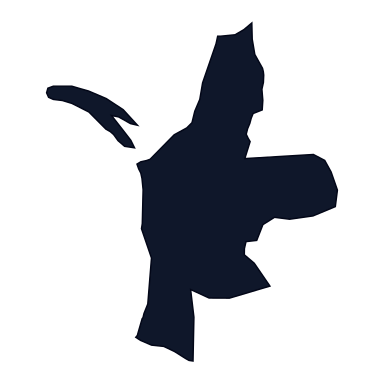 map outline of Mannārama (Robinson projection)
{"feature_id": "LKA-2457", "entity_name": "Mannārama", "entity_type": "District", "adm_level": 1, "iso_a3": "LKA", "parent_name": "Sri Lanka", "parent_adm1": "", "projection": "robinson", "projection_center": [80.02, 8.88], "detail": "fine", "context": "isolated", "style": "filled", "palette": "ink", "viewbox_px": 384, "rotation_deg": 0, "n_neighbors": 0, "source": "natural_earth", "source_scale": "10m", "svg_char_len": 1353}
<svg xmlns="http://www.w3.org/2000/svg" viewBox="0 0 384 384"><path d="M135.8,337.3L137.4,335.4L138.0,333.1L142.2,318.6L142.7,318.0L143.0,317.7L144.0,313.5L147.8,304.0L151.5,258.0L141.5,228.7L142.3,223.6L143.1,190.1L143.1,189.7L142.0,178.5L140.8,173.0L138.7,168.9L137.0,164.1L140.8,161.8L146.4,160.6L150.1,159.3L174.2,134.8L186.8,127.9L192.0,122.7L194.8,111.2L199.8,99.4L202.6,82.9L216.0,44.0L216.5,41.8L217.7,36.2L220.7,36.2L235.0,34.8L243.8,29.7L251.8,23.0L252.2,39.1L254.8,54.5L262.5,68.3L263.3,71.6L263.7,75.1L263.4,82.4L261.9,89.2L262.8,100.3L262.2,109.9L253.1,113.5L251.2,118.2L249.8,123.4L247.6,128.7L246.2,134.2L248.2,138.4L250.1,141.6L244.8,158.6L313.4,154.5L324.7,160.4L331.1,172.0L337.4,190.1L335.3,206.6L313.0,215.9L289.6,219.2L274.5,217.3L262.9,224.6L256.7,240.4L246.0,241.6L244.4,248.6L244.3,254.8L254.2,263.2L269.9,286.1L229.5,298.1L209.1,298.0L190.6,289.5L193.9,317.2L193.0,361.0L189.0,360.4L185.6,358.5L174.5,351.5L163.8,346.4L151.5,345.1L140.6,340.4L135.8,337.3ZM53.3,99.4L48.6,97.3L46.6,92.8L47.9,88.2L53.3,86.2L71.8,86.2L80.0,88.6L88.5,91.0L106.3,98.6L123.2,109.7L137.4,125.2L130.5,123.6L118.6,116.9L111.5,115.5L122.3,129.3L130.8,140.3L134.5,147.8L124.6,146.3L118.1,140.7L113.6,134.5L110.3,131.6L106.0,129.2L88.9,112.0L80.4,107.7L71.9,103.4L65.7,101.5L62.4,100.5L53.3,99.4Z" fill="#0f172a" stroke="#020617" stroke-width="1.5"/></svg>